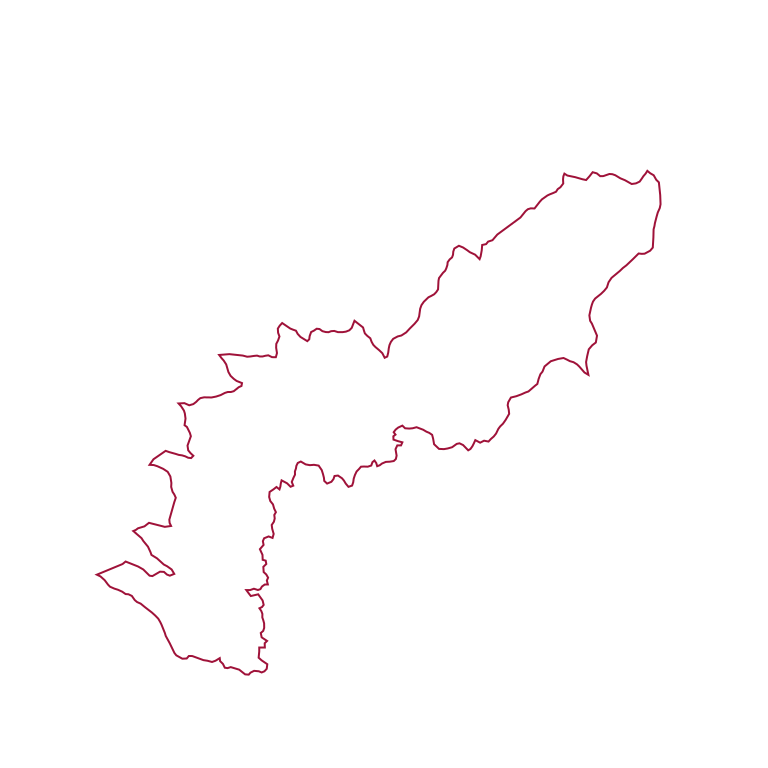 outline of Santo Afonso, Mato Grosso, Brazil, rotated 316°
{"feature_id": "56859067B75409750219852", "entity_name": "Santo Afonso", "entity_type": "district", "adm_level": 2, "iso_a3": "BRA", "parent_name": "Brazil", "parent_adm1": "Mato Grosso", "projection": "natural_earth1", "projection_center": [-57.378, -14.443], "detail": "fine", "context": "isolated", "style": "outline", "palette": "rose", "viewbox_px": 768, "rotation_deg": 316, "n_neighbors": 0, "source": "geoboundaries", "source_scale": "gbopen_adm2", "svg_char_len": 6106}
<svg xmlns="http://www.w3.org/2000/svg" viewBox="0 0 768 768"><g transform="rotate(316 384 384)"><path d="M681.2,376.6L676.3,377.3L671.1,377.7L669.0,374.6L665.2,368.0L660.7,361.4L659.9,358.0L657.3,359.2L655.0,361.1L652.2,364.3L647.6,365.0L644.3,364.5L641.3,365.2L638.0,364.0L634.9,362.7L632.5,361.9L625.9,360.9L622.7,361.1L614.2,362.3L611.6,359.6L608.9,358.2L605.9,358.0L597.8,359.0L569.3,355.2L561.9,355.9L557.8,353.9L554.6,354.3L551.2,352.2L547.2,355.7L542.2,359.3L539.5,360.6L539.4,354.3L537.3,348.8L536.8,345.7L535.7,340.7L533.9,336.6L528.7,335.4L525.8,336.9L523.4,339.0L520.9,340.2L517.8,340.0L514.4,340.6L512.3,342.4L509.1,344.1L506.7,345.0L503.6,345.0L497.2,346.0L494.9,347.6L488.6,353.5L485.4,354.2L482.4,354.3L479.0,353.4L476.2,352.5L469.8,352.5L465.7,353.3L462.3,355.0L456.2,359.8L452.7,361.4L447.8,361.9L441.3,362.0L435.8,362.3L430.2,361.2L426.9,359.3L422.0,357.9L418.2,358.5L415.0,359.8L412.3,361.6L408.8,364.4L405.4,366.5L402.7,365.6L404.2,360.7L404.0,356.1L403.5,351.4L403.5,348.4L404.4,345.0L405.9,341.6L405.4,337.7L405.4,334.3L406.6,331.8L408.2,328.8L406.7,318.0L399.8,321.2L396.4,321.3L393.0,319.9L390.2,317.9L386.9,314.7L385.1,311.3L382.7,309.3L380.1,308.2L378.2,306.2L376.4,303.2L375.8,299.7L374.0,297.5L370.5,296.9L367.7,296.0L363.8,297.9L361.3,299.9L358.6,299.9L356.6,292.1L356.7,288.0L357.7,284.5L356.3,281.7L355.1,279.0L353.1,269.4L349.5,269.6L346.1,270.4L343.4,273.6L341.8,277.2L338.0,279.1L334.4,280.3L331.6,283.0L328.5,287.4L324.8,289.6L322.1,286.9L320.7,283.0L318.3,281.3L315.7,279.8L313.7,277.8L312.4,275.4L310.0,273.5L306.9,271.3L304.5,269.3L302.2,265.5L293.5,255.1L285.6,248.6L285.1,252.7L285.0,255.7L284.1,260.3L280.4,267.3L279.3,271.6L279.5,275.9L280.1,279.4L282.5,284.7L280.1,286.4L277.3,285.4L270.9,284.8L268.3,283.4L266.0,281.2L263.4,279.9L258.8,278.5L254.5,276.4L250.6,273.9L245.3,268.6L242.1,266.6L239.3,266.3L236.5,266.4L232.9,266.0L229.1,264.0L227.1,259.1L222.7,255.3L222.6,259.1L221.6,264.2L220.3,266.8L217.2,271.0L211.9,275.1L212.4,278.0L210.4,284.3L208.8,287.4L199.9,291.8L197.1,295.7L196.8,299.3L197.0,303.2L193.8,303.3L191.9,301.0L190.8,298.0L189.2,295.1L187.1,292.4L185.6,289.6L182.2,283.8L180.5,280.4L165.9,278.0L159.2,279.3L162.1,282.4L163.9,285.8L166.2,291.6L167.4,296.9L166.1,302.1L162.3,307.5L159.4,310.2L157.0,314.7L156.4,317.8L155.2,321.2L151.1,323.3L135.3,332.5L133.3,335.0L132.2,338.2L127.1,334.5L118.5,320.6L112.8,320.0L106.8,316.9L104.2,316.6L101.5,315.6L102.5,326.4L101.8,329.8L101.2,337.1L99.2,342.8L98.0,345.4L99.6,351.7L100.2,360.9L101.4,364.5L102.4,369.9L101.2,374.9L96.8,373.1L95.5,370.3L95.2,366.3L92.5,363.4L84.0,361.3L82.2,359.0L82.0,350.2L80.3,344.4L74.8,332.2L70.9,331.9L45.0,321.7L46.4,325.5L46.8,331.1L46.1,336.6L46.1,339.5L47.9,343.9L49.7,347.2L51.4,351.5L52.2,355.6L54.1,357.7L55.4,361.3L54.6,366.3L54.9,369.3L56.4,373.0L57.0,378.3L58.3,387.2L58.6,391.7L58.6,396.0L57.7,399.7L56.8,402.5L53.4,410.9L52.0,413.6L49.8,421.6L46.4,431.9L46.1,434.9L48.1,441.5L51.4,444.4L54.7,444.1L57.1,446.5L62.3,457.2L64.8,460.5L67.2,464.5L70.5,466.0L75.4,467.1L73.6,469.5L73.7,473.5L72.4,477.5L74.1,479.7L77.1,481.2L81.4,488.9L82.4,496.4L84.8,499.1L87.5,498.9L91.3,500.1L94.4,503.7L95.6,506.5L98.4,507.6L101.8,507.4L105.4,504.5L104.0,497.8L103.7,493.8L108.5,489.7L111.2,486.9L115.2,490.8L118.1,487.6L121.4,487.6L120.0,481.3L122.4,477.5L125.6,477.7L128.4,476.2L131.5,472.9L133.1,470.0L134.3,467.4L136.8,464.9L138.0,462.2L138.6,458.8L141.3,459.7L144.0,459.3L146.3,455.4L147.4,447.9L140.9,444.0L141.3,440.5L141.8,436.6L144.5,439.2L148.2,440.9L150.2,444.6L152.6,445.7L155.5,444.9L158.9,445.4L161.2,447.5L163.2,444.0L166.1,442.8L167.0,439.2L166.8,435.7L170.2,431.7L174.3,431.7L176.2,428.9L174.6,426.2L177.9,422.5L180.0,416.6L185.6,416.1L187.7,412.9L190.6,411.7L195.1,413.5L196.9,417.3L200.5,415.2L203.0,410.5L205.3,407.4L209.1,406.6L212.0,404.8L214.1,402.0L217.2,401.1L218.4,397.4L220.5,393.5L220.9,389.2L222.9,385.5L226.7,382.2L231.3,383.0L235.1,383.4L235.6,387.2L238.2,385.8L240.6,383.9L243.4,382.2L245.3,388.1L245.4,393.0L248.1,394.1L249.6,390.4L253.9,388.5L257.0,387.4L259.2,385.0L262.0,383.6L264.1,382.0L267.1,380.9L270.3,382.0L271.8,387.4L274.3,390.9L277.5,393.5L280.3,397.3L279.4,402.7L277.5,406.5L275.6,409.8L273.7,412.2L273.9,416.1L278.2,417.8L281.6,417.3L284.5,415.8L287.3,417.9L288.3,422.6L288.1,425.6L287.3,429.0L287.0,433.3L290.5,434.9L293.6,433.3L296.4,431.1L299.8,429.3L303.5,427.9L307.0,427.8L310.0,427.5L312.2,429.4L314.9,432.2L318.2,433.8L321.4,432.2L324.0,432.4L323.5,435.5L322.0,438.4L324.5,439.5L327.3,439.8L331.2,441.3L334.2,443.9L337.5,446.2L340.4,446.2L343.3,444.3L347.0,438.9L350.9,437.4L353.6,440.0L356.7,438.7L354.3,434.7L352.2,430.6L354.4,428.1L357.1,428.4L357.5,425.4L360.7,424.9L364.0,425.2L368.3,426.7L368.4,430.5L371.2,433.6L373.8,435.7L377.4,437.7L380.4,444.1L381.4,447.8L382.6,450.6L383.3,454.0L381.4,457.4L378.2,462.1L378.5,468.9L381.9,472.5L385.0,474.6L389.1,476.8L394.7,477.6L397.1,479.1L398.5,482.9L398.5,490.2L401.0,490.8L404.3,490.2L407.2,489.2L410.7,487.8L412.4,493.0L416.6,494.3L419.2,498.0L422.6,497.8L426.5,498.0L430.2,497.5L435.1,495.7L438.2,495.2L442.0,495.2L446.6,494.3L453.3,492.4L455.9,489.1L458.2,485.2L460.7,483.4L465.9,481.9L470.7,484.7L475.7,486.9L479.9,488.4L482.7,489.7L491.7,490.2L494.3,490.5L498.7,487.8L503.3,485.6L506.6,485.2L511.7,482.9L519.8,483.5L526.6,486.9L531.2,490.0L532.6,493.7L533.6,496.7L535.5,500.0L536.5,504.0L536.6,507.1L536.2,515.0L537.4,519.4L542.3,511.6L544.6,508.6L549.5,505.1L555.4,501.3L560.7,500.8L565.2,501.3L570.8,497.2L575.5,485.0L576.2,481.7L579.4,477.3L585.8,473.0L588.7,471.3L591.6,469.9L595.2,469.2L602.7,469.9L607.1,469.9L611.4,469.4L616.2,466.8L621.5,465.7L632.1,466.5L636.4,466.5L640.7,467.0L649.7,467.1L657.8,467.0L659.9,469.5L662.0,471.3L668.0,473.0L672.1,472.6L679.5,465.8L685.4,460.0L688.2,458.3L690.6,456.5L696.3,453.0L700.1,450.8L704.6,449.0L707.8,446.8L713.9,440.0L721.8,429.9L721.7,426.2L723.0,421.2L721.9,417.3L721.5,413.6L718.3,414.4L714.9,414.7L712.3,415.3L708.5,416.0L704.6,414.7L701.1,412.2L698.9,404.8L696.9,400.2L695.4,394.5L694.0,391.7L692.0,389.5L686.2,386.8L683.9,384.7L683.4,380.3L681.2,376.6Z" fill="none" stroke="#9f1239" stroke-width="2"/></g></svg>